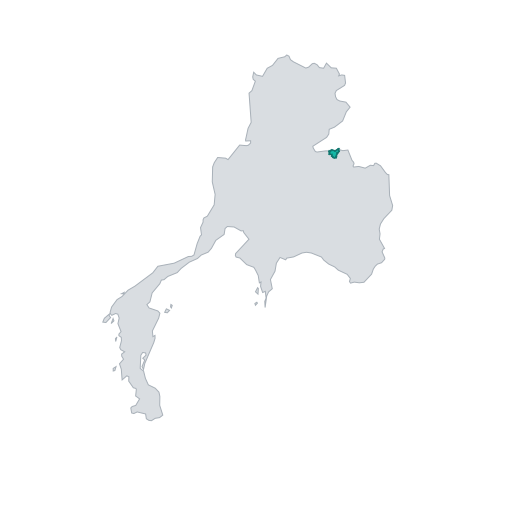 Chiang Khan, Loei, Thailand (highlighted), rotated 35°
{"feature_id": "78962969B15954858222696", "entity_name": "Chiang Khan", "entity_type": "district", "adm_level": 2, "iso_a3": "THA", "parent_name": "Thailand", "parent_adm1": "Loei", "projection": "orthographic", "projection_center": [101.786, 17.871], "detail": "fine", "context": "in_parent", "style": "filled", "palette": "teal", "viewbox_px": 512, "rotation_deg": 35, "n_neighbors": 0, "source": "geoboundaries", "source_scale": "gbopen_adm2", "svg_char_len": 6171}
<svg xmlns="http://www.w3.org/2000/svg" viewBox="0 0 512 512"><g transform="rotate(35 256 256)"><path d="M220.0,59.1L220.4,61.0L222.4,58.5L225.0,57.2L230.1,62.9L230.7,65.4L226.9,74.4L227.4,77.4L229.8,79.9L232.6,81.4L235.7,81.0L241.4,78.4L247.7,80.1L247.3,86.1L249.5,95.7L246.4,105.4L243.3,110.2L245.7,114.4L245.8,118.3L239.6,133.5L240.9,134.7L244.7,136.4L246.4,135.8L252.8,129.9L259.8,125.3L262.1,121.3L266.6,120.0L270.5,116.5L279.8,122.6L282.2,123.2L283.4,124.2L283.9,126.7L285.0,127.1L288.8,123.7L295.1,121.4L297.6,116.1L300.5,114.5L300.2,111.9L301.2,111.0L306.3,110.7L314.2,113.4L316.9,113.9L318.2,113.2L330.8,129.9L339.0,136.3L341.0,140.6L339.3,152.0L339.6,158.4L341.5,163.3L344.9,166.7L347.5,171.5L357.0,176.1L356.2,177.3L356.9,180.3L362.7,183.8L363.3,184.9L362.7,189.5L360.1,193.0L359.5,195.9L359.6,199.4L361.1,204.6L359.5,215.6L356.0,218.7L351.5,221.0L349.0,224.0L347.2,223.3L346.2,220.3L341.2,218.7L331.5,220.4L326.7,219.8L320.2,220.9L313.9,220.5L310.2,219.3L299.6,221.8L295.2,224.0L292.0,227.1L287.3,235.2L282.4,240.1L282.5,242.1L276.5,243.4L276.8,250.2L280.3,257.6L281.3,267.0L288.1,273.5L286.9,278.2L287.7,282.6L293.0,293.0L289.2,288.1L288.4,284.7L283.9,279.6L282.4,282.1L277.2,278.3L275.0,274.4L274.2,276.1L269.0,270.7L263.7,267.8L260.7,266.5L253.3,268.4L243.9,266.9L240.3,268.3L238.8,267.4L237.9,265.7L240.6,246.3L232.5,243.8L231.1,242.6L229.4,244.0L221.4,244.8L215.6,248.3L214.9,251.2L217.5,256.6L214.1,266.2L215.1,275.3L214.6,280.3L210.6,286.6L209.5,291.6L204.9,299.3L201.8,309.1L201.0,314.8L195.5,323.3L194.2,328.2L192.3,330.0L193.1,333.9L192.1,345.8L195.4,354.4L194.5,358.4L198.2,359.9L207.1,357.3L210.1,358.0L211.9,362.7L214.1,376.8L217.8,381.2L218.8,379.0L220.5,381.3L221.9,385.5L226.5,407.7L228.9,413.4L226.1,412.0L224.5,405.0L221.9,404.7L222.8,400.3L221.2,398.7L218.5,400.0L218.6,403.4L225.6,414.5L230.0,414.8L235.6,419.7L241.7,423.3L249.3,422.1L254.6,423.2L257.8,426.2L262.8,433.6L270.9,439.8L269.7,443.7L266.5,446.8L264.8,450.9L262.5,452.1L259.5,452.2L256.2,448.7L248.1,451.9L246.3,455.1L244.2,455.9L240.6,452.3L240.9,450.3L243.2,447.4L242.6,439.8L237.7,439.7L234.5,433.9L233.5,433.4L231.1,434.3L223.5,431.5L221.2,427.9L218.9,428.2L217.4,434.3L210.6,426.0L206.0,422.6L206.7,416.5L203.5,415.1L202.2,413.4L203.4,409.8L199.0,410.3L196.9,409.2L194.4,402.6L192.3,399.9L189.4,399.9L188.5,398.6L188.8,395.3L181.7,390.6L179.5,385.3L176.2,382.9L174.0,383.6L171.9,387.3L170.3,387.0L168.8,385.9L167.0,380.6L167.2,371.4L169.5,366.0L170.8,357.4L174.1,350.2L181.1,329.0L181.5,320.7L193.1,308.8L200.9,295.2L203.5,293.2L204.6,290.7L200.7,279.6L198.9,271.9L199.2,269.9L194.3,264.6L193.2,258.6L191.9,256.7L191.5,254.7L193.3,251.3L192.4,238.1L187.2,229.0L177.7,220.4L169.4,207.9L168.3,203.5L168.1,197.3L175.0,193.3L177.8,193.1L179.0,174.5L184.9,171.1L186.2,169.6L186.8,166.5L185.5,164.7L181.6,167.7L180.9,167.0L176.3,156.0L175.4,149.3L156.9,126.6L157.8,122.9L155.2,113.2L152.4,112.9L150.6,111.2L148.7,106.8L152.4,107.5L158.3,105.1L157.5,95.8L160.2,90.4L160.7,81.5L165.3,76.3L165.9,73.7L168.4,73.4L171.6,75.4L175.0,75.5L189.0,73.5L190.8,71.1L191.8,66.2L193.2,64.7L196.3,64.3L199.9,65.3L203.7,63.4L203.1,57.6L209.7,58.7L214.1,56.1L220.0,59.1ZM172.2,389.8L171.2,396.6L168.4,398.0L167.5,394.0L169.2,387.5L170.0,389.1L172.2,389.8ZM216.4,350.1L215.9,353.4L213.5,354.5L212.9,350.7L216.4,350.1ZM276.6,281.3L279.5,286.1L276.1,285.6L275.5,281.0L276.6,281.3ZM205.0,432.1L203.5,430.0L204.8,426.9L206.1,430.8L205.0,432.1ZM176.8,390.6L176.1,394.4L174.8,389.2L176.8,390.6ZM216.5,347.1L215.2,346.7L214.1,344.5L215.7,344.5L216.5,347.1ZM188.5,402.1L190.1,406.5L188.3,404.4L188.5,402.1ZM284.2,293.8L283.8,296.7L282.3,295.5L283.2,293.4L284.2,293.8ZM169.2,363.0L167.5,364.0L168.9,361.4L169.2,363.0Z" fill="#d9dde1" stroke="#a8b0b8" stroke-width="1"/><path d="M265.4,129.6L265.3,129.4L265.2,129.4L265.0,129.2L264.9,129.3L264.9,129.2L264.9,129.3L264.9,129.2L264.8,129.3L264.8,129.2L264.7,128.9L264.8,128.8L264.9,128.7L264.7,128.5L264.4,128.6L264.4,128.4L264.4,128.2L264.2,128.0L264.2,127.9L264.2,127.7L264.3,127.6L264.3,127.4L264.2,127.3L264.1,127.2L264.0,126.9L264.1,126.7L264.1,126.4L263.9,126.3L263.9,126.2L263.8,125.9L263.7,125.8L263.8,125.8L263.9,125.7L264.0,125.4L264.1,125.2L263.9,125.0L263.9,124.9L263.8,124.7L264.0,124.3L264.0,124.2L263.9,124.2L264.0,124.1L264.0,123.9L264.0,123.7L263.9,123.5L263.9,123.3L263.9,123.2L264.0,123.0L264.1,122.9L264.2,122.7L264.0,122.4L263.9,122.3L264.0,122.3L264.0,122.2L263.9,122.2L263.7,122.2L263.3,122.1L263.2,122.2L262.9,122.0L262.9,121.9L262.8,121.7L262.7,121.6L262.5,121.4L262.6,121.2L262.6,120.9L262.4,120.8L262.2,120.8L262.2,120.6L261.9,120.8L261.8,121.0L261.7,121.1L261.6,121.3L261.6,121.5L261.6,121.9L261.6,122.1L261.3,122.5L261.3,122.8L261.2,123.1L261.1,123.3L261.0,123.5L260.9,123.7L260.9,123.8L261.0,124.0L261.0,124.3L260.9,124.5L260.6,124.8L260.4,124.9L260.3,124.7L260.2,124.6L259.8,124.7L259.6,124.8L259.1,125.0L258.9,125.1L258.7,125.1L258.4,125.1L258.2,125.2L257.9,125.2L257.9,125.3L257.9,125.5L257.7,126.0L257.4,126.3L257.2,126.1L257.1,125.9L256.9,125.8L256.8,126.0L256.8,126.3L256.7,126.6L256.3,127.1L256.3,127.4L256.3,127.5L256.5,127.4L256.7,127.6L256.8,127.7L256.9,127.8L256.9,128.1L256.6,128.0L256.4,128.0L256.2,128.0L256.1,128.3L255.8,128.4L255.6,128.3L255.6,128.5L255.8,128.7L255.9,128.8L256.0,128.8L256.3,128.9L256.3,129.0L256.5,129.2L256.7,129.3L256.8,129.3L257.0,129.5L256.9,129.6L257.0,129.7L257.0,129.8L257.1,130.0L257.3,130.2L257.3,130.3L257.3,130.5L257.4,130.8L257.6,130.8L257.6,130.7L257.7,130.4L257.7,130.2L257.8,130.2L258.0,130.1L258.3,130.1L258.4,129.8L258.6,129.7L259.0,129.8L259.3,129.8L259.5,129.7L259.6,129.8L259.9,129.8L260.0,129.9L260.2,130.0L260.3,130.0L260.3,129.9L260.3,129.7L260.4,129.8L260.5,129.8L260.5,130.0L260.5,130.3L260.8,130.4L260.8,130.5L261.0,130.6L261.0,130.8L261.2,130.7L261.3,130.7L261.3,130.8L261.3,130.7L261.4,130.8L261.5,130.8L261.8,130.7L261.9,130.8L262.0,130.7L262.1,130.8L262.2,130.7L262.3,130.7L262.3,130.8L262.4,131.0L262.6,130.8L262.8,130.8L263.1,130.9L263.4,131.0L263.6,131.0L263.8,131.0L264.0,130.9L264.1,130.7L264.3,130.6L264.3,130.4L264.5,130.3L264.6,130.2L264.7,129.9L264.8,129.9L265.0,129.7L265.3,129.7L265.4,129.6Z" fill="#14b8a6" stroke="#0f766e" stroke-width="1.5"/></g></svg>